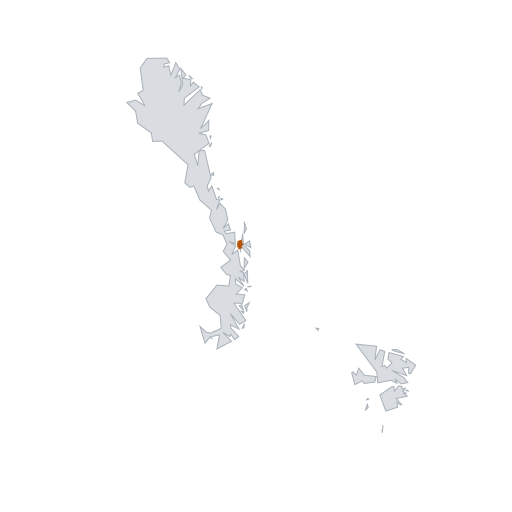 Lødingen nor, Nordland, Norway (highlighted), rotated 129°
{"feature_id": "86288312B56909660985265", "entity_name": "Lødingen nor", "entity_type": "district", "adm_level": 2, "iso_a3": "NOR", "parent_name": "Norway", "parent_adm1": "Nordland", "projection": "orthographic", "projection_center": [15.635, 68.46], "detail": "fine", "context": "in_parent", "style": "filled", "palette": "amber", "viewbox_px": 512, "rotation_deg": 129, "n_neighbors": 0, "source": "geoboundaries", "source_scale": "gbopen_adm2", "svg_char_len": 6728}
<svg xmlns="http://www.w3.org/2000/svg" viewBox="0 0 512 512"><g transform="rotate(129 256 256)"><path d="M296.5,258.2L287.1,263.7L288.9,266.9L287.0,276.3L275.2,273.2L273.0,284.4L265.0,286.0L260.4,294.9L262.5,301.9L255.7,316.0L248.5,319.3L247.8,334.8L240.8,348.2L244.2,350.5L243.9,357.4L227.9,366.2L225.8,401.3L232.0,408.5L226.3,414.7L227.3,431.5L219.2,440.7L218.0,453.0L210.6,447.7L209.1,436.7L204.0,450.4L198.2,447.9L182.8,464.3L171.0,465.0L158.4,449.9L160.1,444.8L164.4,448.1L167.2,446.1L163.0,443.6L169.1,435.9L156.1,440.1L159.0,432.7L168.0,430.9L163.6,429.3L168.4,423.1L177.0,419.1L168.8,421.0L157.5,432.5L159.4,424.4L163.9,424.5L159.8,417.7L165.2,414.0L160.2,414.1L160.4,406.6L178.5,411.0L184.2,406.9L161.7,404.0L164.7,398.8L162.3,391.0L171.5,394.2L178.0,393.6L165.0,386.1L191.9,379.2L180.3,377.9L188.3,371.8L196.7,377.6L193.4,371.3L197.8,363.5L215.8,367.9L222.4,358.2L210.0,366.4L206.3,362.4L223.8,339.9L232.1,338.1L235.5,333.7L229.3,334.5L236.9,322.2L235.1,319.4L244.7,316.0L237.7,317.0L238.7,309.3L245.7,300.5L255.3,299.1L248.2,297.7L252.0,292.1L256.6,296.4L257.3,293.1L250.9,287.6L259.5,279.8L261.7,286.3L260.8,278.1L270.1,275.8L262.9,274.0L273.4,262.0L274.2,256.0L278.3,258.7L276.5,255.5L283.2,249.2L283.4,256.4L287.1,246.3L286.6,257.7L290.5,254.0L289.1,246.7L298.0,247.4L293.3,240.3L301.4,236.8L306.5,243.6L312.6,223.2L319.4,225.8L316.9,239.7L323.5,223.3L325.6,232.5L327.8,230.2L329.4,218.8L334.6,219.9L332.7,226.0L335.1,225.7L336.2,233.6L337.7,221.4L352.9,227.9L340.3,234.7L347.7,240.8L355.9,240.6L346.0,255.1L346.5,246.3L344.5,242.9L334.1,237.5L324.8,246.4L324.8,259.8L320.6,268.1L303.1,268.0L296.5,258.2ZM258.8,58.4L264.2,62.9L263.9,70.6L266.2,66.4L267.5,72.7L278.0,81.7L270.2,89.0L261.5,122.8L250.2,105.5L261.9,98.3L250.7,100.6L249.2,95.8L262.7,88.6L259.9,87.0L261.1,84.1L253.4,83.0L253.1,88.7L247.3,91.8L241.4,78.2L245.2,78.4L244.1,72.1L241.1,74.9L240.3,63.2L250.4,61.8L251.1,63.7L246.3,67.1L251.0,71.5L254.2,63.7L259.4,78.3L257.5,64.7L258.8,58.4ZM269.6,50.1L278.5,57.3L279.8,49.2L280.9,50.0L280.8,54.5L284.4,50.8L294.8,57.5L286.1,72.3L272.3,68.2L270.6,66.5L274.1,63.3L267.2,63.5L265.5,60.5L267.3,58.4L264.2,56.6L268.8,56.8L268.1,52.9L270.0,54.7L269.6,50.1ZM279.1,84.3L287.0,91.7L286.1,94.8L293.7,98.2L286.5,108.2L284.9,107.6L285.4,103.1L278.5,105.5L280.5,96.7L274.1,86.9L279.1,84.3ZM257.7,273.5L263.1,270.5L247.2,280.4L255.3,272.5L255.8,264.4L260.2,260.1L257.7,273.5ZM265.9,258.3L273.0,257.5L264.8,263.8L265.9,258.3ZM272.8,253.6L282.4,245.2L277.6,253.8L272.8,253.6ZM238.5,78.9L242.5,87.9L243.3,91.7L239.9,87.2L238.5,78.9ZM252.8,265.2L254.0,272.5L248.2,270.6L252.8,265.2ZM305.0,228.0L301.9,233.5L296.5,232.0L302.4,230.3L305.0,228.0ZM306.2,231.6L305.2,237.8L302.8,236.4L306.2,231.6ZM240.5,280.7L246.3,279.3L239.9,283.8L240.5,280.7ZM313.4,47.4L307.5,50.8L313.5,47.0L313.4,47.4ZM302.9,73.6L307.3,73.8L301.2,76.2L302.9,73.6ZM315.9,222.3L319.4,220.3L320.9,221.3L315.9,222.3ZM308.5,229.7L308.2,233.0L306.8,230.4L308.5,229.7ZM288.8,240.7L289.0,244.0L287.4,243.0L288.8,240.7ZM274.7,160.9L274.4,164.0L272.8,161.6L274.7,160.9ZM298.6,79.6L296.5,79.5L296.1,78.4L298.6,79.6ZM220.1,339.6L221.2,342.3L217.7,341.5L220.1,339.6ZM282.1,240.6L284.1,241.6L285.4,243.4L282.1,240.6ZM265.2,52.6L266.1,54.6L264.9,53.9L265.2,52.6ZM199.8,361.8L195.6,361.6L200.1,360.5L199.8,361.8ZM193.4,365.4L191.6,367.4L191.0,366.2L193.4,365.4ZM238.9,284.5L236.9,287.0L239.2,282.8L238.9,284.5ZM158.8,418.6L157.8,422.0L158.2,417.4L158.8,418.6ZM233.5,319.8L232.7,317.7L233.9,317.9L233.5,319.8ZM347.9,237.6L348.0,240.3L347.8,239.8L347.9,237.6ZM234.5,321.9L232.2,322.3L235.0,321.4L234.5,321.9ZM227.7,326.4L227.8,328.5L226.8,327.8L227.7,326.4ZM160.1,403.5L158.7,405.4L159.2,403.7L160.1,403.5Z" fill="#d9dde1" stroke="#a8b0b8" stroke-width="1"/><path d="M254.2,277.4L254.0,277.2L253.9,277.2L253.7,277.2L253.8,277.0L254.2,277.1L254.3,277.0L254.4,276.9L254.5,276.8L254.7,276.5L254.8,276.5L255.0,276.4L255.0,276.2L255.4,276.1L255.7,275.8L255.7,275.7L255.8,275.5L256.0,275.3L255.9,275.3L256.1,275.2L256.3,274.8L256.4,274.7L256.3,274.4L256.1,274.4L256.5,274.4L256.5,274.6L256.7,274.8L256.3,275.0L256.0,275.5L255.9,275.7L255.9,275.9L255.8,276.1L255.5,276.4L255.2,276.6L255.1,276.8L255.0,277.0L254.9,277.1L255.0,277.2L254.9,277.2L255.0,277.3L254.9,277.4L254.9,277.2L254.7,277.3L254.8,277.4L254.7,277.4L254.8,277.5L255.0,277.6L255.0,277.4L255.0,277.5L255.1,277.4L255.3,277.4L255.3,277.5L255.4,277.4L255.4,277.5L255.5,277.6L255.5,277.4L255.6,277.5L255.8,277.6L255.7,277.5L255.8,277.4L256.0,277.3L255.9,277.4L256.0,277.4L255.9,277.6L256.0,277.6L256.0,277.8L256.2,277.7L256.1,277.8L256.3,277.7L256.2,277.8L256.3,277.8L256.6,277.8L256.6,278.0L256.4,278.0L256.5,278.0L256.5,278.3L256.6,278.2L256.8,278.2L256.7,278.3L256.8,278.3L257.1,278.1L256.9,278.1L257.0,278.0L256.9,278.0L257.0,277.9L256.9,277.8L257.1,277.7L257.1,277.8L257.3,277.7L257.2,277.7L257.3,277.7L257.2,277.6L257.3,277.6L257.2,277.5L257.3,277.5L257.4,277.4L257.4,277.2L257.5,277.1L257.4,277.1L257.2,277.2L257.3,277.1L257.2,277.0L257.1,276.9L257.3,277.0L257.4,276.9L257.6,276.8L257.7,276.6L257.6,276.3L257.7,276.2L257.8,276.1L257.8,275.9L257.9,276.0L257.9,276.4L258.0,276.4L257.9,276.4L258.0,276.5L258.0,276.4L258.2,276.5L258.3,276.4L258.2,276.3L258.3,276.2L258.2,276.2L258.3,276.2L258.2,276.1L258.3,276.0L258.3,275.9L258.4,275.7L258.5,275.7L258.5,275.4L258.5,275.2L258.5,274.9L258.4,274.7L258.5,274.7L258.4,274.6L258.5,274.5L258.6,274.8L258.6,275.0L258.6,275.3L258.6,275.6L258.8,275.6L258.5,275.8L258.6,276.0L258.5,276.3L258.5,276.5L258.4,276.6L258.5,276.7L258.4,276.8L258.5,276.8L258.4,276.8L258.5,276.9L258.8,276.8L258.7,276.8L258.9,276.7L259.0,276.6L259.2,276.4L259.3,276.5L259.4,276.4L259.3,276.2L259.5,275.9L259.4,275.8L259.5,275.8L259.4,275.7L259.5,275.6L259.6,275.4L259.9,275.2L260.0,274.9L259.9,274.8L260.0,274.8L260.0,274.6L260.1,274.4L260.3,274.4L260.2,274.5L260.3,274.4L260.2,274.4L260.3,274.3L260.2,274.3L260.1,274.2L260.2,273.9L259.9,274.0L259.7,274.1L259.4,273.9L259.3,273.7L259.6,273.4L259.6,273.2L259.4,273.1L259.4,272.8L259.2,272.7L258.9,272.7L258.9,272.9L258.9,273.1L258.7,273.3L258.7,273.5L258.6,274.0L258.2,274.0L258.0,274.3L257.9,274.5L257.7,274.6L257.7,274.8L257.3,275.0L257.2,275.2L257.2,275.3L257.0,275.5L256.9,275.7L256.7,275.5L256.7,275.4L256.8,275.3L256.8,275.2L257.0,275.1L257.1,274.9L257.0,274.7L257.1,274.4L257.0,274.2L256.8,274.1L256.8,273.9L256.6,273.9L256.6,274.0L256.4,273.9L256.2,273.8L256.0,274.0L255.7,273.9L255.6,274.0L255.4,274.1L255.4,274.3L255.4,274.6L255.3,274.8L255.3,275.1L255.5,275.4L255.5,275.5L255.3,275.7L255.0,275.6L254.7,275.7L254.6,275.8L254.4,275.9L254.4,276.0L254.3,276.3L254.1,276.4L254.0,276.6L253.8,276.5L253.7,276.7L253.6,276.8L253.4,277.0L253.4,277.3L253.6,277.5L254.1,277.4L254.2,277.4Z" fill="#f59e0b" stroke="#b45309" stroke-width="1.5"/></g></svg>